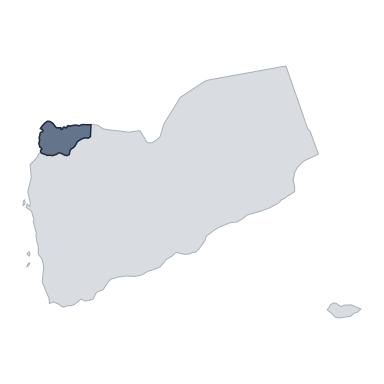 Sa`dah highlighted on a map of Yemen
{"feature_id": "YEM-150", "entity_name": "Sa`dah", "entity_type": "Governorate", "adm_level": 1, "iso_a3": "YEM", "parent_name": "Yemen", "parent_adm1": "", "projection": "equal_earth", "projection_center": [43.78, 17.066], "detail": "fine", "context": "in_parent", "style": "filled", "palette": "slate", "viewbox_px": 384, "rotation_deg": 0, "n_neighbors": 0, "source": "natural_earth", "source_scale": "10m", "svg_char_len": 4203}
<svg xmlns="http://www.w3.org/2000/svg" viewBox="0 0 384 384"><path d="M318.4,154.1L304.3,160.8L300.7,163.8L297.3,167.5L294.9,172.1L293.2,180.2L294.7,187.6L294.6,191.5L291.0,194.2L287.6,196.1L283.8,198.9L281.5,199.7L279.7,202.0L277.5,203.6L269.7,207.8L261.1,211.0L247.4,214.9L242.1,219.1L237.3,221.9L230.0,222.8L220.0,226.8L214.4,230.0L207.5,235.2L206.0,236.9L204.8,240.7L202.7,244.0L198.5,249.5L195.4,252.3L193.3,252.4L189.2,254.0L184.4,254.3L176.3,252.4L174.2,253.7L172.5,255.8L166.3,259.5L160.0,267.0L155.3,269.0L147.8,271.3L142.5,274.5L139.0,275.7L134.4,276.4L126.0,276.0L118.0,277.2L110.6,279.3L107.2,283.3L103.2,289.6L96.7,292.2L95.2,294.5L93.2,299.1L89.0,300.3L85.2,301.1L81.3,299.1L74.0,304.7L71.2,305.6L67.0,305.9L64.0,307.1L61.9,306.7L59.2,304.5L53.5,301.8L49.4,303.6L49.0,298.3L42.2,282.0L43.6,267.8L43.6,265.8L42.2,259.5L38.2,253.8L38.3,246.5L36.9,241.2L35.9,235.9L36.2,234.4L36.3,233.2L34.2,224.9L33.5,223.2L33.2,221.5L33.9,220.2L33.9,218.6L32.8,216.1L31.6,211.3L26.1,207.5L27.2,204.0L28.3,205.2L29.8,206.3L30.1,204.0L30.1,202.3L27.8,191.6L31.3,177.3L30.1,164.5L35.4,159.3L36.7,157.8L37.5,156.4L38.7,153.5L40.4,152.5L41.0,149.5L41.0,147.9L39.9,146.6L39.1,143.0L39.3,138.5L39.6,136.6L40.2,133.1L42.0,131.9L42.4,130.8L41.0,128.6L41.2,127.3L44.3,123.7L45.5,122.6L47.5,121.4L49.1,121.5L50.9,122.1L52.5,123.1L54.1,125.0L55.8,127.1L58.3,127.9L60.1,127.7L61.5,128.6L62.7,128.1L64.0,127.0L66.2,127.1L68.2,125.9L73.7,125.3L79.1,125.6L84.7,124.6L90.3,124.7L95.9,124.8L97.1,124.9L98.4,125.6L103.1,128.8L106.7,129.5L114.0,130.4L121.7,131.3L128.4,132.2L134.1,131.4L138.8,130.8L140.1,130.9L141.5,132.9L144.4,137.9L147.1,142.6L151.8,142.9L154.8,141.1L158.1,138.6L160.1,136.6L162.4,129.0L163.9,124.0L167.3,118.4L170.2,113.7L174.0,107.6L176.1,104.1L180.2,97.4L184.2,94.8L191.9,89.7L199.4,84.7L204.3,81.5L208.5,80.0L215.5,78.7L223.8,77.2L232.1,75.7L240.8,74.1L250.7,72.4L257.4,71.1L265.9,69.6L273.1,68.3L279.4,67.1L285.9,66.0L287.2,69.7L288.5,73.4L289.8,77.2L291.1,80.9L292.4,84.7L293.7,88.4L295.0,92.1L296.3,95.9L297.6,99.6L298.9,103.4L300.2,107.1L301.5,110.9L302.8,114.6L304.1,118.4L305.4,122.1L306.7,125.9L308.0,129.6L310.0,130.8L311.2,134.2L313.0,139.2L314.8,144.2L316.6,149.1L318.4,154.1ZM339.8,305.9L341.5,306.4L344.2,305.1L351.7,304.9L361.0,309.1L359.2,310.3L358.2,311.8L354.2,313.2L350.3,316.4L338.7,318.0L335.3,317.1L332.4,314.0L327.2,309.9L329.2,307.3L329.6,306.1L330.4,304.9L333.3,302.9L336.2,303.3L339.8,305.9ZM29.7,255.3L29.3,256.1L28.8,255.9L27.0,253.9L29.0,251.6L30.0,253.7L29.7,255.3ZM24.2,204.8L23.3,205.7L23.0,204.2L23.6,200.9L24.5,200.0L25.2,202.4L24.8,203.7L24.2,204.8ZM28.8,265.4L26.9,266.6L28.2,263.5L29.5,262.9L29.8,263.0L28.8,265.4Z" fill="#d9dde1" stroke="#a8b0b8" stroke-width="1"/><path d="M48.0,121.2L48.5,121.3L49.5,121.4L49.9,121.5L52.0,122.7L53.2,123.6L53.7,124.4L55.1,126.4L56.3,127.6L56.8,127.9L57.3,127.9L58.4,127.7L59.5,127.8L60.0,127.8L60.6,127.6L60.8,127.7L60.8,128.1L60.7,128.8L60.8,129.1L60.9,129.3L61.1,129.4L61.4,129.5L62.1,129.4L62.5,128.8L62.9,128.1L63.3,127.4L63.9,127.0L64.4,127.1L65.5,127.8L66.2,127.9L66.7,127.6L67.1,126.9L67.5,126.0L68.0,125.6L68.5,125.7L69.7,126.2L70.2,126.1L72.4,125.5L75.1,125.1L76.8,125.2L78.7,125.7L79.5,125.6L81.3,124.8L81.9,124.6L87.5,124.7L91.0,124.7L90.4,136.7L88.1,138.2L86.4,137.9L84.6,138.0L82.8,138.5L81.2,139.2L77.5,141.6L77.0,142.3L75.9,144.4L75.5,144.8L75.0,146.0L74.8,146.3L74.4,146.4L73.9,147.1L72.7,148.1L72.3,148.3L72.1,148.5L71.8,148.6L71.4,148.9L70.8,149.5L70.4,150.1L69.8,151.5L69.5,153.4L69.1,154.7L67.1,155.5L65.9,155.5L64.6,155.1L61.8,153.6L59.8,153.0L58.7,152.9L58.0,153.2L57.6,153.6L56.8,154.2L56.2,154.5L52.6,155.6L49.5,155.2L47.4,155.4L46.8,155.3L46.3,154.9L41.6,153.2L41.0,152.7L40.8,151.8L40.6,151.3L40.5,150.7L40.9,150.0L41.2,149.7L41.4,149.6L41.6,149.4L41.8,149.0L41.7,148.5L41.5,148.1L41.2,147.8L40.2,147.4L39.9,147.1L39.5,145.7L39.0,144.2L38.8,143.6L39.0,142.7L39.5,141.2L39.6,140.5L39.6,139.7L39.5,138.8L39.2,138.2L39.1,137.6L39.3,136.8L39.9,135.3L40.0,134.6L40.0,133.7L40.2,133.0L40.8,132.4L41.5,132.0L42.1,131.8L42.8,131.4L42.9,130.6L42.6,129.8L42.0,129.3L40.4,128.6L40.5,128.4L41.9,126.3L44.3,123.6L45.4,122.7L46.8,121.6L47.4,121.3L48.0,121.2Z" fill="#64748b" stroke="#1e293b" stroke-width="1.5"/></svg>